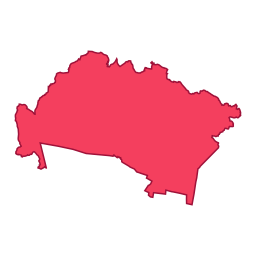 outline of Tepechitlán, Zacatecas, Mexico
{"feature_id": "50627088B62604007520144", "entity_name": "Tepechitlán", "entity_type": "district", "adm_level": 2, "iso_a3": "MEX", "parent_name": "Mexico", "parent_adm1": "Zacatecas", "projection": "natural_earth1", "projection_center": [-103.352, 21.615], "detail": "fine", "context": "isolated", "style": "filled", "palette": "rose", "viewbox_px": 256, "rotation_deg": 0, "n_neighbors": 0, "source": "geoboundaries", "source_scale": "gbopen_adm2", "svg_char_len": 5711}
<svg xmlns="http://www.w3.org/2000/svg" viewBox="0 0 256 256"><path d="M15.9,153.6L17.0,154.4L17.7,154.4L18.1,154.8L18.5,154.7L18.8,154.4L21.4,155.3L21.4,156.6L22.5,156.9L23.0,156.2L24.9,156.2L26.8,155.6L27.6,154.9L28.0,155.3L29.4,155.2L30.3,154.3L31.6,154.3L32.0,153.8L32.6,152.4L33.8,151.7L34.4,151.8L35.8,153.2L36.9,154.7L38.2,155.7L39.7,158.7L39.6,159.6L38.8,160.9L39.6,162.5L40.2,164.3L39.8,165.1L39.4,165.1L39.5,166.0L39.2,166.4L38.2,167.0L38.0,167.9L38.8,168.2L39.3,168.1L39.7,168.5L41.0,169.1L43.8,167.6L45.4,166.2L45.5,167.5L46.2,168.0L46.3,167.9L40.2,143.0L58.2,146.2L72.9,149.3L86.2,153.5L109.3,155.6L113.1,156.2L113.6,155.1L114.3,155.2L114.9,156.1L115.7,156.4L117.2,157.6L117.9,156.6L119.1,157.6L119.3,157.3L119.9,157.8L120.6,157.7L120.7,159.1L121.4,159.4L121.6,159.7L121.8,161.6L122.1,162.1L128.9,166.1L130.0,167.0L134.4,169.0L136.7,171.9L147.4,175.5L146.5,178.1L151.9,181.1L150.7,183.8L149.4,185.0L148.3,185.4L144.8,190.7L148.8,192.6L148.5,195.2L150.4,196.9L152.8,197.3L153.6,192.7L165.5,194.1L165.9,190.1L171.7,191.7L173.2,191.9L180.0,193.3L186.6,194.9L186.5,198.7L186.6,203.5L192.0,204.7L194.0,193.9L195.8,182.0L196.7,177.9L197.9,168.9L199.6,167.4L200.2,166.3L218.4,147.8L218.7,146.1L218.2,145.3L217.9,144.3L218.5,143.1L218.4,142.8L216.7,142.1L215.3,141.2L214.0,139.7L213.1,138.3L212.2,137.8L211.9,137.4L212.1,137.2L212.2,135.7L212.5,135.7L212.7,136.0L214.5,136.0L215.9,136.6L216.9,136.1L218.2,136.0L218.2,135.2L218.7,134.5L219.3,134.3L219.3,133.9L220.0,133.2L220.1,132.5L221.0,132.3L222.8,131.7L223.0,131.0L223.5,130.5L224.2,130.2L224.9,128.4L225.9,128.3L226.7,128.7L228.1,129.0L228.5,128.8L229.3,126.7L229.8,126.4L230.3,126.6L230.9,126.5L232.4,126.6L233.2,126.4L233.3,126.2L233.2,125.8L233.3,125.1L233.2,124.9L233.3,124.1L233.0,124.0L233.1,123.2L233.0,122.9L232.1,121.6L231.4,121.1L230.0,121.0L229.8,120.7L229.8,119.6L229.1,117.5L230.1,116.9L231.3,117.1L233.7,117.8L234.9,117.8L236.2,117.1L237.4,117.7L238.1,117.7L240.6,115.5L240.5,115.1L240.2,115.1L240.5,114.6L240.2,114.2L240.5,113.7L240.6,113.0L240.2,112.4L240.5,112.1L239.7,109.6L239.0,108.5L238.7,108.5L237.7,109.4L237.4,109.4L237.1,108.9L236.4,108.8L236.6,108.1L236.7,106.7L236.9,106.5L237.0,106.0L235.9,104.4L234.7,105.3L234.6,105.9L233.5,105.8L232.2,106.6L231.7,106.7L231.0,106.6L230.4,105.6L229.3,105.7L229.0,105.9L228.7,105.9L228.4,105.3L228.4,104.7L228.2,104.1L227.8,103.7L227.1,103.4L226.1,103.3L225.5,103.8L225.1,103.7L224.5,103.9L224.0,105.1L223.5,105.3L222.7,105.1L222.0,105.2L222.0,104.4L221.4,104.1L220.6,103.1L219.9,101.4L218.9,99.9L218.6,99.9L218.4,98.6L217.3,97.5L214.9,96.2L214.0,96.2L213.6,95.7L212.4,95.2L212.0,94.7L211.3,94.5L210.6,93.8L208.2,92.4L207.7,91.8L207.1,91.5L206.0,91.5L204.8,90.4L203.4,90.2L202.1,91.1L201.5,91.1L201.0,90.9L200.4,91.0L200.1,91.7L200.2,91.9L199.9,93.2L199.2,93.6L198.7,93.6L197.9,93.3L197.1,92.4L195.0,92.8L193.9,93.5L193.8,93.9L192.6,93.5L191.8,94.1L191.4,94.1L189.6,93.5L189.2,93.3L188.9,92.6L188.5,92.1L188.6,91.5L188.0,90.8L186.2,89.8L185.7,88.8L181.9,84.5L180.9,82.9L179.8,81.7L179.1,82.0L178.4,81.7L178.2,82.3L176.9,82.5L176.6,82.2L176.3,82.3L175.7,81.9L173.8,81.4L173.5,82.2L171.7,81.7L170.6,81.0L169.7,79.8L169.3,80.0L169.0,79.5L168.0,79.4L166.9,78.7L166.9,77.9L166.7,77.4L166.8,75.7L166.6,74.7L167.4,73.7L166.4,73.3L167.0,70.4L167.4,70.2L167.6,69.5L165.8,68.3L164.4,68.2L164.0,67.7L163.2,67.7L161.7,67.0L159.2,65.0L157.6,64.3L155.8,64.7L153.9,64.5L154.0,63.2L152.9,63.1L152.0,61.8L151.6,62.3L151.0,62.6L151.2,63.3L152.0,63.6L152.4,64.3L151.6,66.8L151.7,67.8L151.6,68.9L150.5,68.9L146.4,68.2L146.4,67.8L145.2,67.6L144.6,69.0L144.6,69.5L144.1,70.1L144.1,70.6L144.4,70.8L143.9,71.0L142.6,71.9L142.0,71.9L140.0,73.1L139.2,72.9L138.2,73.0L137.3,72.6L136.1,72.5L135.3,71.7L134.3,70.3L134.0,69.3L133.4,68.9L133.0,67.5L132.9,66.2L132.5,64.7L131.8,64.2L131.6,63.3L131.4,63.2L130.9,62.6L130.7,61.0L129.9,60.8L128.4,60.9L127.8,61.9L127.0,61.6L125.9,61.9L125.3,62.5L125.1,63.0L120.0,66.5L118.7,65.3L117.7,63.8L117.2,62.7L117.0,61.1L117.1,59.8L116.7,58.8L115.5,61.1L114.7,62.3L112.9,64.0L111.4,64.4L110.7,64.8L109.5,66.8L107.3,66.5L107.3,65.9L108.2,65.0L107.9,64.5L106.7,64.2L106.7,63.5L107.7,63.0L107.7,62.4L107.9,62.7L108.2,62.7L108.0,61.8L108.5,61.5L108.8,60.1L108.3,58.1L107.4,56.7L107.3,56.0L107.0,55.9L106.2,55.2L103.5,54.4L102.3,53.2L100.9,52.4L100.5,52.4L99.8,53.0L99.3,53.2L97.3,53.1L94.4,52.4L92.2,51.5L88.3,51.3L88.3,52.1L87.9,53.1L87.7,53.4L87.1,53.6L86.4,54.7L85.6,54.7L85.3,55.1L84.6,55.1L83.3,55.6L81.1,56.1L79.8,59.7L78.7,58.9L77.4,60.9L76.0,61.4L74.7,62.3L71.9,63.3L70.8,64.0L69.9,65.5L69.6,67.6L69.1,67.7L68.4,69.4L68.9,69.6L68.6,71.7L68.2,72.5L63.2,73.1L60.7,72.7L60.5,72.4L60.0,72.4L57.4,73.2L56.5,74.0L56.5,75.0L55.3,77.4L54.8,79.0L55.4,80.3L55.4,81.9L55.3,82.3L54.8,82.4L54.4,83.2L53.7,83.5L52.2,83.8L52.1,84.1L50.9,84.0L50.6,85.3L49.7,85.3L49.4,86.6L48.4,86.5L48.2,91.7L48.0,92.0L47.0,92.8L46.3,93.0L45.7,94.3L44.8,94.5L44.7,95.3L43.2,95.5L42.5,96.2L42.3,96.6L41.9,96.6L41.4,97.0L40.8,97.7L40.4,97.7L40.0,97.9L39.7,98.4L39.3,99.9L39.0,100.3L38.4,100.5L37.9,102.7L37.9,103.9L37.5,104.9L36.8,107.4L35.1,110.1L34.9,111.2L35.0,114.2L34.5,114.1L33.9,113.6L33.3,112.7L32.2,111.6L29.5,110.1L28.6,109.3L27.1,108.8L27.0,108.3L26.8,108.2L27.1,107.7L26.8,106.5L25.4,105.0L24.5,104.6L23.2,104.6L22.8,104.9L21.4,104.8L20.8,104.3L19.5,104.3L19.3,104.2L19.2,104.8L18.5,106.2L18.0,106.2L17.2,106.9L17.0,108.8L17.3,109.2L17.6,109.9L17.6,110.3L17.0,111.1L17.1,111.5L16.7,112.4L15.4,114.9L15.4,117.2L15.7,117.8L15.4,120.7L16.3,121.3L17.2,124.4L17.3,126.5L18.2,128.8L18.6,134.2L18.2,138.2L18.3,139.9L18.9,141.0L19.7,142.2L19.9,142.7L19.8,143.6L21.2,146.2L20.3,146.9L18.5,147.3L17.1,148.7L16.8,150.3L15.8,152.1L16.2,153.1L15.9,153.6Z" fill="#f43f5e" stroke="#9f1239" stroke-width="1.5"/></svg>